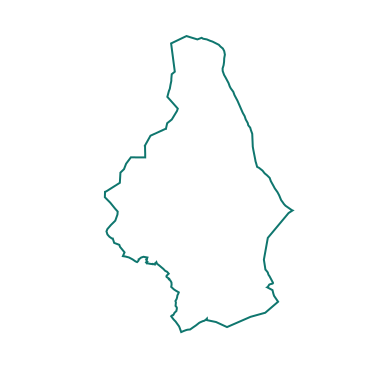 Obi Nwga, Abia, Nigeria, rotated 332°
{"feature_id": "59680162B7784772599553", "entity_name": "Obi Nwga", "entity_type": "district", "adm_level": 2, "iso_a3": "NGA", "parent_name": "Nigeria", "parent_adm1": "Abia", "projection": "orthographic", "projection_center": [7.438, 5.164], "detail": "fine", "context": "isolated", "style": "outline", "palette": "teal", "viewbox_px": 384, "rotation_deg": 332, "n_neighbors": 0, "source": "geoboundaries", "source_scale": "gbopen_adm2", "svg_char_len": 3598}
<svg xmlns="http://www.w3.org/2000/svg" viewBox="0 0 384 384"><g transform="rotate(332 192 192)"><path d="M265.9,183.7L266.9,180.6L272.5,168.9L273.1,164.8L273.6,162.5L273.0,159.6L273.6,157.2L273.5,153.2L274.1,149.7L274.0,146.8L274.0,145.7L275.0,132.8L275.0,129.3L275.0,128.4L275.0,126.4L275.5,122.9L274.9,118.8L274.9,116.5L275.4,113.0L275.4,110.1L275.4,107.2L275.3,103.7L275.9,99.6L277.0,97.3L279.3,95.0L280.0,94.1L281.5,92.0L283.2,89.1L285.5,86.2L286.6,82.7L286.6,79.8L285.4,76.9L284.8,74.6L283.1,72.2L280.7,68.8L279.0,67.0L276.7,64.2L273.8,61.9L272.9,60.4L268.4,59.8L260.3,51.7L243.3,51.0L233.3,77.7L229.4,78.5L226.8,82.5L225.9,84.2L225.8,84.3L223.3,87.3L220.9,90.4L219.0,92.0L215.3,96.0L214.9,96.4L218.6,111.7L216.8,113.4L208.2,118.5L202.4,119.6L198.6,124.0L198.3,123.8L181.8,122.8L172.0,129.1L172.1,129.5L171.9,129.8L170.6,132.3L168.6,136.3L166.9,139.5L154.3,132.7L147.1,136.1L142.7,139.9L137.9,141.3L134.8,146.4L132.6,150.0L116.5,151.2L115.3,151.0L112.6,155.7L114.8,163.0L116.3,170.7L117.2,174.4L115.6,176.9L110.8,181.3L104.8,183.1L99.9,185.0L98.0,186.6L97.4,189.8L98.1,192.8L99.5,195.5L100.2,195.9L99.4,200.4L103.0,204.5L102.7,206.7L104.1,213.6L100.9,216.2L102.9,217.7L105.6,220.2L107.9,223.6L109.5,226.7L110.6,228.1L111.7,227.8L112.2,227.6L112.6,227.4L113.0,227.0L113.3,226.4L113.8,226.5L114.4,226.4L115.1,226.2L116.2,226.0L117.0,226.1L117.9,226.3L118.7,226.4L119.0,226.6L120.7,228.0L121.4,228.5L121.9,228.9L121.7,229.1L121.3,229.3L120.9,229.9L120.6,230.3L120.4,230.2L119.9,230.1L119.9,230.6L119.7,231.1L119.6,231.6L119.6,231.9L119.8,232.4L118.4,232.6L118.5,233.1L118.6,233.5L118.6,233.8L118.7,234.0L119.1,234.0L119.3,234.1L119.7,234.4L120.1,234.8L121.1,235.6L121.9,236.2L122.7,236.7L123.0,237.0L123.4,237.3L123.6,237.1L124.2,237.6L124.8,238.0L125.2,238.6L125.7,238.2L126.1,237.7L126.3,237.5L126.5,237.4L127.0,237.5L127.4,237.4L127.6,237.3L127.4,238.9L127.6,239.3L128.3,240.8L128.9,242.2L129.8,244.5L130.1,245.2L130.4,245.9L130.8,247.1L131.2,248.7L131.5,249.3L131.7,249.6L132.2,250.2L132.5,250.7L132.9,252.2L133.1,253.2L130.9,253.8L130.3,254.0L129.8,254.5L129.7,254.9L129.7,255.2L130.3,256.3L130.9,257.5L131.1,257.8L130.6,258.2L130.8,258.7L131.0,259.2L131.3,259.6L131.4,262.2L130.4,264.4L130.3,264.5L129.1,266.0L130.3,269.5L131.4,271.5L133.2,274.4L132.1,275.4L131.2,276.0L130.6,276.4L129.4,278.0L128.1,279.3L126.2,280.5L126.1,281.0L126.0,281.7L125.8,282.2L124.9,283.5L124.3,284.5L124.0,284.8L124.2,285.7L124.3,286.3L124.3,286.9L124.2,287.3L123.7,288.0L123.3,288.6L122.8,289.1L122.4,289.7L121.7,289.9L121.1,290.1L120.6,290.2L119.7,290.5L119.2,290.9L117.8,291.8L117.4,291.9L117.0,291.6L116.6,291.6L115.3,291.9L115.5,293.5L115.9,295.8L116.3,297.3L116.7,298.6L117.5,304.5L117.4,305.7L116.7,310.6L117.6,310.7L119.1,310.8L121.5,311.1L122.6,311.3L123.7,311.6L125.8,312.5L129.7,312.0L132.5,311.7L133.7,311.5L136.9,310.9L138.0,310.9L140.9,311.1L142.0,311.4L143.2,311.4L144.4,311.2L144.8,311.1L145.7,310.8L145.1,312.2L152.2,318.1L159.5,327.7L185.1,329.7L200.0,333.0L216.5,329.3L215.7,322.2L216.1,320.0L217.0,316.4L213.7,311.5L214.2,311.5L216.6,310.1L217.0,310.0L217.5,310.1L218.4,310.3L219.4,310.5L220.1,310.7L220.4,310.5L220.8,310.4L220.9,310.1L220.9,306.9L220.9,302.7L220.7,301.4L220.8,300.2L221.1,298.9L221.1,298.3L220.6,295.6L220.4,295.0L223.7,285.5L237.4,268.1L267.4,255.9L272.1,255.5L271.7,255.0L269.9,251.5L268.1,248.0L267.5,245.7L267.3,243.8L266.9,241.0L267.4,235.8L267.4,232.3L266.8,227.7L266.8,224.8L266.7,219.5L267.2,216.0L266.1,212.5L264.9,209.6L264.3,206.2L262.5,202.1L261.3,200.4L262.3,195.9L262.4,195.1L263.1,192.9L265.9,183.7Z" fill="none" stroke="#0f766e" stroke-width="2"/></g></svg>